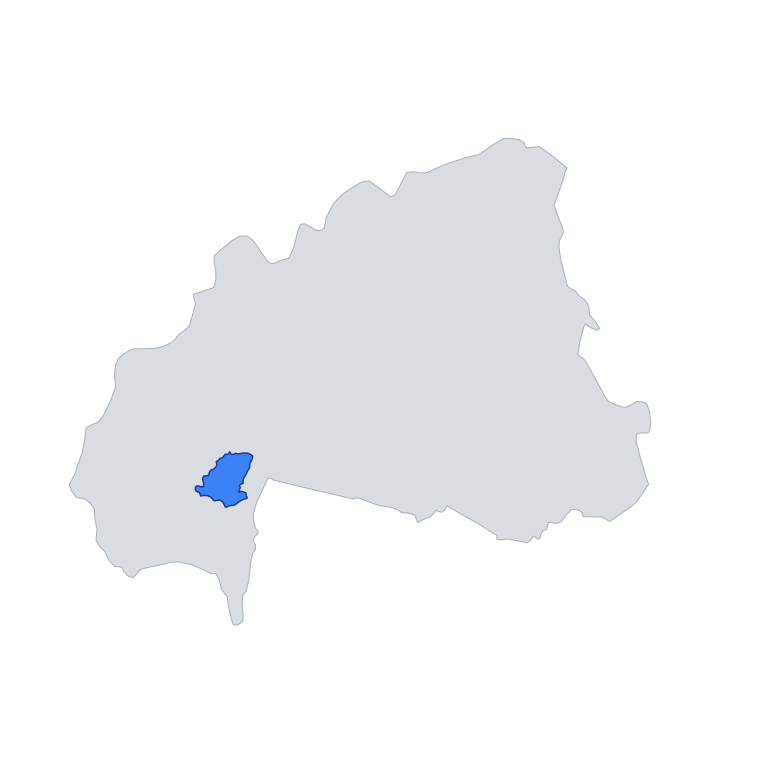 Bougouriba highlighted on a map of Burkina Faso, rotated 14°
{"feature_id": "BFA-2832", "entity_name": "Bougouriba", "entity_type": "Province", "adm_level": 1, "iso_a3": "BFA", "parent_name": "Burkina Faso", "parent_adm1": "", "projection": "equal_earth", "projection_center": [-3.423, 10.894], "detail": "fine", "context": "in_parent", "style": "filled", "palette": "blue", "viewbox_px": 768, "rotation_deg": 14, "n_neighbors": 0, "source": "natural_earth", "source_scale": "10m", "svg_char_len": 4600}
<svg xmlns="http://www.w3.org/2000/svg" viewBox="0 0 768 768"><g transform="rotate(14 384 384)"><path d="M559.8,503.5L541.5,504.5L534.8,507.1L530.8,507.1L530.7,504.9L530.2,503.6L507.1,496.2L490.9,491.8L474.4,486.9L473.5,491.5L471.2,494.4L467.6,494.6L465.2,493.9L463.5,497.4L460.8,502.1L457.0,504.4L453.3,507.3L451.2,509.8L449.7,509.8L445.9,503.9L440.9,503.3L431.6,504.3L427.4,502.7L421.7,501.9L408.2,503.1L386.5,500.7L383.0,502.0L382.1,503.1L360.7,503.3L337.1,503.7L317.4,503.9L300.2,504.1L300.1,503.1L294.6,503.0L294.0,505.0L289.1,528.9L288.6,541.9L291.2,549.9L294.1,555.0L297.4,557.2L297.7,560.1L295.1,563.8L295.3,567.7L298.4,571.6L299.2,575.8L297.6,580.1L298.0,590.6L300.3,607.3L300.4,618.0L298.2,623.0L299.3,631.4L303.5,643.3L304.3,648.3L302.7,650.7L299.2,653.8L295.7,653.7L291.5,646.5L289.7,643.2L286.3,635.9L283.4,628.6L279.5,625.4L275.8,622.4L271.1,613.1L266.7,608.6L261.9,609.9L255.1,608.2L241.2,605.9L226.3,606.5L220.1,608.7L214.0,612.1L198.5,619.5L192.3,623.2L187.7,632.6L182.4,632.3L177.1,629.4L173.8,625.1L166.8,626.1L160.0,621.9L153.4,613.8L148.5,611.2L142.3,605.3L140.6,594.1L136.7,586.3L133.1,575.4L127.7,570.6L121.6,568.0L113.0,568.5L107.4,564.1L103.0,557.8L104.2,552.3L106.2,544.5L106.4,536.9L107.8,524.7L107.0,509.4L105.5,498.8L110.2,494.3L115.7,490.4L119.1,483.1L122.6,466.9L124.2,452.9L123.1,447.7L121.3,443.6L119.8,437.5L119.0,430.1L120.0,423.7L124.2,417.7L129.3,412.7L133.0,410.3L142.7,407.9L154.9,404.2L161.9,400.0L167.0,395.8L169.9,392.4L172.8,385.6L177.5,380.3L181.1,375.0L181.6,360.2L181.6,351.7L179.0,347.1L177.5,343.1L195.5,331.5L195.6,323.3L193.1,314.2L189.6,306.8L188.3,300.5L193.3,293.0L197.7,287.4L200.9,282.6L208.0,275.4L215.3,273.5L222.0,276.2L241.6,293.3L245.0,294.4L249.1,293.1L254.3,288.6L261.0,285.1L263.5,273.6L263.3,256.8L264.8,249.1L268.3,247.7L279.6,250.9L282.6,251.1L285.9,250.1L288.2,247.1L288.1,241.7L287.6,236.9L291.3,221.3L298.0,209.6L311.5,195.0L315.8,192.1L320.7,190.6L345.0,200.6L349.0,198.1L354.9,173.2L361.4,170.8L369.4,170.4L374.5,168.3L377.1,166.5L388.7,157.1L409.0,144.3L420.0,138.7L422.1,136.7L429.9,127.6L440.3,117.1L446.9,115.0L456.1,114.2L461.8,116.0L463.4,118.9L465.3,120.4L477.3,116.0L494.5,123.1L509.3,130.0L508.4,134.4L508.4,142.2L507.2,154.6L505.8,169.4L512.0,178.9L519.4,189.2L521.4,193.2L519.5,203.4L520.9,209.3L524.8,219.3L531.5,231.9L538.3,244.8L543.0,246.5L547.5,247.6L550.2,249.9L554.2,252.2L558.2,253.6L561.6,256.5L563.9,259.2L566.7,267.2L574.4,272.5L579.8,277.8L577.7,280.4L571.0,279.4L564.7,277.1L563.9,280.9L563.8,295.6L564.8,307.8L566.3,309.5L572.6,311.7L587.7,327.6L601.4,342.7L606.0,346.6L613.6,348.1L622.0,348.7L625.6,347.3L633.7,339.7L638.0,338.9L642.0,339.1L644.2,340.3L648.2,346.5L651.9,355.8L653.0,362.7L652.7,366.4L651.5,367.8L644.8,369.6L641.9,371.0L641.2,373.1L642.3,377.7L643.6,380.7L651.0,394.2L661.7,412.4L665.0,417.1L663.2,422.5L657.9,436.7L654.0,442.7L636.3,462.8L627.6,460.4L609.3,464.5L606.5,459.9L602.3,459.3L597.0,460.1L595.0,461.8L594.5,463.8L592.6,466.6L589.3,474.6L586.7,476.6L583.4,477.9L579.4,477.7L577.1,478.7L577.1,482.7L576.4,486.2L573.7,487.9L572.6,491.7L572.8,495.5L571.3,497.3L567.8,496.3L565.8,495.3L563.9,500.2L561.5,503.5L559.8,503.5Z" fill="#d9dde1" stroke="#a8b0b8" stroke-width="1"/><path d="M259.5,487.3L261.0,486.5L262.5,485.7L264.7,484.9L268.6,484.1L271.4,484.6L274.0,485.7L274.3,488.0L273.7,491.1L273.1,493.1L273.3,495.1L273.8,497.1L273.3,499.5L272.4,501.9L272.2,503.8L271.9,505.3L271.5,506.4L270.5,510.1L271.2,514.7L268.9,515.9L268.3,517.7L269.2,518.6L269.6,519.7L269.1,521.6L268.9,523.5L269.8,524.1L270.5,522.9L272.6,522.6L275.3,522.8L276.3,523.1L276.9,524.1L277.1,525.4L277.7,526.4L278.6,527.0L278.8,527.7L278.5,528.2L277.6,528.7L276.3,529.3L273.3,531.7L268.4,537.5L266.1,538.6L264.7,539.0L263.3,539.7L261.4,541.3L259.9,541.8L257.3,538.8L256.0,537.6L254.3,536.6L252.2,536.4L248.7,538.1L247.3,538.3L246.4,538.0L245.1,536.8L242.8,535.5L240.0,535.1L237.0,535.5L233.1,536.9L231.9,534.8L231.1,534.0L228.3,533.6L227.2,533.1L226.4,532.1L226.1,530.8L226.1,529.8L226.4,528.9L227.1,528.2L228.5,527.8L232.5,527.9L233.5,527.1L233.3,525.2L232.7,523.1L231.6,521.6L230.9,520.2L230.9,519.4L231.2,517.3L231.7,516.6L232.5,516.6L233.3,516.8L234.5,515.6L235.6,515.4L236.1,514.6L235.8,513.3L235.9,511.9L236.8,509.6L237.4,508.9L237.8,508.7L238.2,508.7L238.8,508.2L240.9,505.5L241.4,502.8L241.1,502.0L240.5,501.1L240.1,500.1L240.4,499.4L241.1,498.9L241.8,498.3L242.2,497.4L242.6,496.4L243.1,495.6L244.4,495.3L245.2,494.3L246.8,490.9L247.5,490.3L248.8,490.2L250.1,489.1L250.8,487.3L252.8,489.1L255.2,488.6L256.8,487.2L258.2,487.1L259.5,487.3Z" fill="#3b82f6" stroke="#1e3a8a" stroke-width="1.5"/></g></svg>